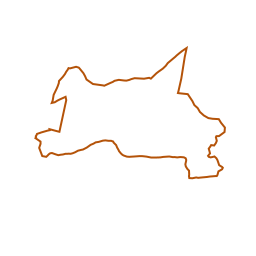 the district of Ikpoba-Okha, Edo, Nigeria, rotated 248°
{"feature_id": "59680162B29680565367836", "entity_name": "Ikpoba-Okha", "entity_type": "district", "adm_level": 2, "iso_a3": "NGA", "parent_name": "Nigeria", "parent_adm1": "Edo", "projection": "robinson", "projection_center": [5.629, 6.182], "detail": "fine", "context": "isolated", "style": "outline", "palette": "amber", "viewbox_px": 256, "rotation_deg": 248, "n_neighbors": 0, "source": "geoboundaries", "source_scale": "gbopen_adm2", "svg_char_len": 2440}
<svg xmlns="http://www.w3.org/2000/svg" viewBox="0 0 256 256"><g transform="rotate(248 128 128)"><path d="M62.7,198.8L64.8,198.9L66.9,198.6L69.2,197.5L69.4,195.9L69.8,193.6L71.0,192.1L72.2,191.8L73.7,194.5L75.7,194.8L78.6,195.1L80.0,197.4L81.0,198.7L79.5,201.3L81.1,203.8L82.8,205.5L84.8,205.8L86.5,206.0L87.3,206.9L86.4,209.4L88.1,216.0L92.1,218.0L98.0,216.2L102.2,215.5L104.9,209.8L107.1,206.2L111.2,203.0L115.9,200.7L120.3,200.1L124.4,198.1L128.8,197.8L137.0,196.1L141.1,188.4L141.7,187.4L143.7,188.9L153.8,195.9L172.6,207.2L177.3,210.4L180.2,212.3L179.2,207.4L178.1,203.6L177.0,200.2L176.3,198.5L175.5,196.0L174.4,192.6L173.3,189.2L171.5,186.3L170.0,182.5L169.2,179.1L168.9,177.8L168.1,174.9L165.2,167.7L166.6,166.4L167.7,161.3L171.7,152.8L172.1,149.4L172.1,147.3L172.5,144.3L173.5,142.2L176.1,137.5L176.8,133.2L176.4,131.1L176.4,129.0L176.1,121.8L176.8,120.9L181.9,112.0L188.5,107.7L192.2,107.6L195.5,107.2L201.3,105.4L202.4,105.0L204.2,102.8L205.0,96.5L205.8,95.3L204.4,93.6L203.4,91.9L201.6,89.7L199.8,86.7L198.8,84.6L197.4,81.6L195.6,80.7L193.1,78.5L191.3,76.7L186.6,71.5L181.6,68.4L179.8,66.7L179.3,69.8L179.8,72.6L180.0,74.7L180.3,81.8L177.0,81.2L160.5,70.0L150.2,63.0L150.8,62.1L156.3,54.8L155.3,54.6L155.7,52.4L156.4,45.7L156.4,45.0L156.6,41.4L156.3,41.1L155.7,40.6L155.0,39.5L154.6,39.3L154.0,39.4L153.3,38.4L148.2,41.8L146.1,41.0L143.7,38.9L142.8,38.2L134.1,38.0L131.9,41.4L132.5,43.0L133.3,44.7L133.7,46.4L133.5,47.1L133.3,48.1L130.7,51.0L128.9,53.2L128.5,55.3L127.9,57.5L127.8,57.9L127.8,58.1L127.7,58.7L127.5,60.4L126.8,62.1L126.4,63.4L125.6,65.1L125.5,65.7L125.3,67.3L125.3,67.6L125.3,69.8L125.7,73.1L125.3,76.1L124.9,78.2L125.3,82.5L126.4,87.1L126.4,90.1L126.8,92.6L126.4,94.3L126.1,95.6L125.7,99.9L125.0,102.4L123.5,105.0L122.5,107.5L121.0,109.2L119.9,109.2L116.6,110.6L114.0,110.6L111.1,111.0L110.0,111.0L107.1,111.9L105.2,112.8L104.1,113.7L101.9,116.2L100.8,118.4L99.4,122.6L97.5,128.5L96.4,131.0L94.5,134.5L92.0,138.3L89.8,143.8L88.7,146.8L88.0,149.8L86.9,153.2L86.1,155.6L84.1,158.8L83.7,160.1L83.1,161.2L82.3,162.6L81.5,165.6L79.9,168.8L78.4,170.1L77.0,170.1L75.9,169.7L72.9,167.6L70.7,167.2L67.8,167.7L65.6,168.6L64.5,168.2L61.9,167.3L60.5,166.5L58.6,166.1L57.3,168.8L56.6,172.7L55.5,174.4L54.8,176.9L53.0,182.9L52.3,185.9L51.7,187.7L51.1,189.7L50.6,191.3L50.2,192.3L50.9,193.3L53.9,195.6L54.3,198.7L54.5,199.8L55.6,201.0L56.5,200.7L59.4,198.6L62.7,198.8Z" fill="none" stroke="#b45309" stroke-width="2"/></g></svg>